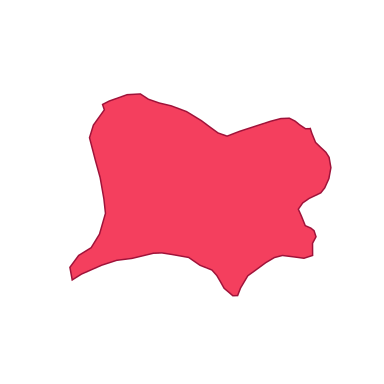 SVG path tracing the border of Bosilovo, rotated 252°
{"feature_id": "MKD-2997", "entity_name": "Bosilovo", "entity_type": "Statistical Region", "adm_level": 1, "iso_a3": "MKD", "parent_name": "North Macedonia", "parent_adm1": "", "projection": "equal_earth", "projection_center": [22.756, 41.481], "detail": "fine", "context": "isolated", "style": "filled", "palette": "rose", "viewbox_px": 384, "rotation_deg": 252, "n_neighbors": 0, "source": "natural_earth", "source_scale": "10m", "svg_char_len": 1099}
<svg xmlns="http://www.w3.org/2000/svg" viewBox="0 0 384 384"><g transform="rotate(252 192 192)"><path d="M302.9,134.0L304.1,141.5L304.6,160.4L301.2,173.2L293.7,179.2L286.8,188.3L280.4,198.8L270.2,211.6L256.9,223.0L250.5,227.5L240.1,235.0L234.3,242.6L235.0,256.1L235.0,270.5L235.0,288.6L234.4,299.2L232.1,307.4L227.5,312.0L222.8,315.0L217.1,319.5L215.9,323.3L215.9,324.1L210.8,324.1L201.0,324.8L195.3,327.8L188.4,331.6L182.6,333.1L172.2,331.6L162.4,326.3L154.9,319.5L151.4,314.2L149.7,301.4L147.4,293.9L142.8,287.8L135.3,288.6L125.0,289.3L120.9,293.9L117.5,296.1L111.1,296.1L106.0,290.8L99.1,288.6L94.4,287.1L94.4,278.0L98.4,269.7L103.7,258.4L104.2,250.1L102.0,240.3L98.0,228.2L95.1,219.2L85.8,208.6L80.3,204.1L79.4,203.4L80.7,198.8L90.5,192.8L98.0,191.3L104.9,189.8L111.7,186.8L119.8,177.0L130.8,168.6L138.8,153.6L143.4,144.5L145.7,136.3L147.4,114.4L150.3,99.3L150.3,83.5L148.1,61.6L145.4,50.9L158.1,52.6L166.7,64.6L170.2,78.9L180.5,91.0L198.4,103.1L212.8,106.1L234.1,109.1L252.0,109.9L275.3,111.3L286.1,118.9L297.2,134.0L302.9,134.0Z" fill="#f43f5e" stroke="#9f1239" stroke-width="1.5"/></g></svg>